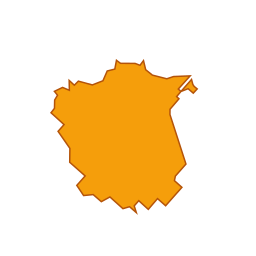 outline of Taylor, Georgia, United States of America, rotated 311°
{"feature_id": "52423323B238156185995", "entity_name": "Taylor", "entity_type": "district", "adm_level": 2, "iso_a3": "USA", "parent_name": "United States of America", "parent_adm1": "Georgia", "projection": "robinson", "projection_center": [-84.215, 32.56], "detail": "fine", "context": "isolated", "style": "filled", "palette": "amber", "viewbox_px": 256, "rotation_deg": 311, "n_neighbors": 0, "source": "geoboundaries", "source_scale": "gbopen_adm2", "svg_char_len": 861}
<svg xmlns="http://www.w3.org/2000/svg" viewBox="0 0 256 256"><g transform="rotate(311 128 128)"><path d="M51.1,127.0L47.9,138.8L54.9,145.4L54.9,156.2L64.1,159.6L63.8,177.1L69.6,180.8L69.6,189.8L73.3,183.8L80.2,183.8L79.9,196.7L94.1,196.6L94.0,207.4L118.6,207.6L118.7,197.6L122.8,195.3L138.8,195.4L165.7,150.8L169.7,147.4L183.5,147.3L183.6,144.1L190.3,144.0L190.4,140.4L208.1,140.7L196.7,128.6L190.6,125.0L183.9,111.7L183.6,103.1L189.0,95.5L183.2,95.9L181.4,91.0L171.9,79.9L171.5,74.9L163.8,79.4L157.4,74.9L147.2,78.1L137.1,72.8L130.8,59.8L125.1,59.4L125.3,52.4L118.0,59.0L115.7,52.0L107.4,48.4L106.5,53.3L101.0,54.3L94.6,59.6L89.0,59.9L88.6,77.5L79.6,77.4L74.5,97.5L63.9,106.5L63.7,127.1L51.1,127.0ZM206.3,144.1L190.3,144.0L197.1,147.6L197.1,154.4L202.9,154.6L202.8,150.6L203.4,148.4L206.3,144.1Z" fill="#f59e0b" stroke="#b45309" stroke-width="1.5"/></g></svg>